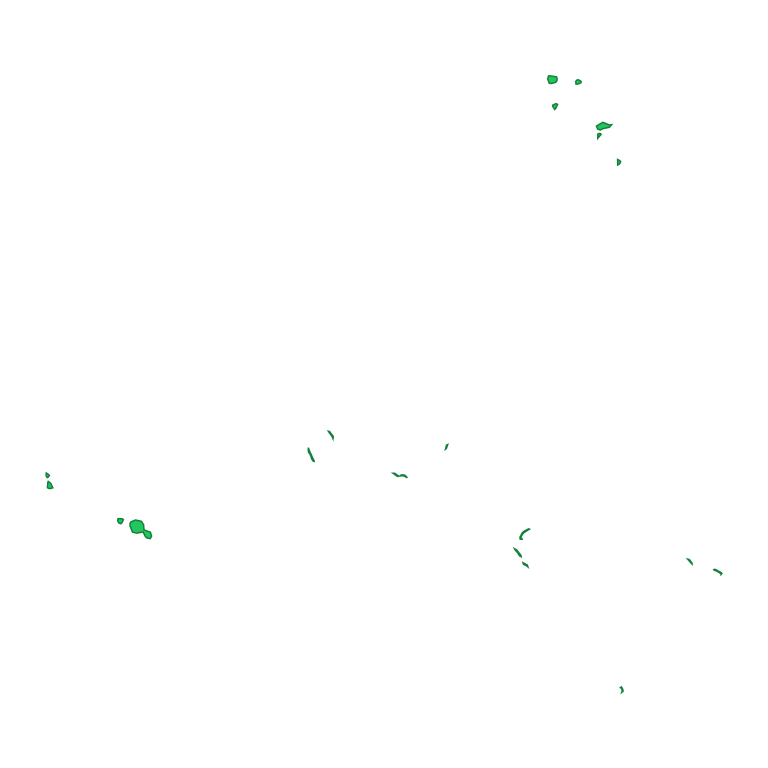 an SVG outline of French Polynesia
{"feature_id": "PYF", "entity_name": "French Polynesia", "entity_type": "country or territory", "adm_level": 0, "iso_a3": "PYF", "parent_name": "Oceania", "parent_adm1": "", "projection": "robinson", "projection_center": [-142.778, -14.829], "detail": "fine", "context": "isolated", "style": "filled", "palette": "green", "viewbox_px": 768, "rotation_deg": 0, "n_neighbors": 0, "source": "natural_earth", "source_scale": "50m", "svg_char_len": 2337}
<svg xmlns="http://www.w3.org/2000/svg" viewBox="0 0 768 768"><path d="M144.0,529.9L150.4,532.2L151.6,536.1L150.3,538.6L147.0,538.0L145.4,536.6L143.1,532.0L136.9,533.1L132.6,532.2L130.1,526.2L130.0,523.4L131.0,521.8L135.6,520.0L141.4,521.3L143.6,524.7L144.0,529.9ZM602.8,122.3L609.5,125.0L611.6,124.7L609.4,127.3L602.7,128.7L600.5,130.0L597.8,129.2L596.4,126.1L602.8,122.3ZM555.8,82.3L551.4,83.5L549.3,83.3L547.7,79.1L548.3,76.6L549.0,75.7L556.5,76.8L557.1,78.6L557.0,80.4L555.8,82.3ZM50.8,488.5L49.0,488.5L47.4,487.7L47.8,482.5L48.2,481.4L50.7,483.2L52.8,487.8L50.8,488.5ZM122.1,522.5L120.7,523.8L118.8,522.9L118.0,521.6L117.7,520.2L118.1,518.6L122.3,518.8L123.4,519.6L122.1,522.5ZM579.0,83.8L576.1,84.2L575.6,81.7L576.5,80.4L577.7,79.7L580.0,80.5L581.1,81.6L581.1,82.6L579.0,83.8ZM555.6,108.6L554.7,109.5L552.8,106.5L552.6,105.2L555.9,103.6L557.6,104.4L555.6,108.6ZM314.0,460.5L314.2,461.4L313.3,461.3L311.6,458.8L311.0,456.5L309.9,454.0L308.5,452.1L308.3,450.4L308.3,447.7L309.9,451.9L311.5,455.2L312.6,457.9L314.0,460.5ZM521.8,538.4L522.1,539.3L520.4,539.2L520.0,538.9L520.0,537.0L521.2,534.9L522.1,533.0L524.0,531.3L527.3,529.5L528.9,528.8L529.5,529.2L528.8,529.5L523.3,533.1L521.6,535.7L520.8,537.4L521.0,538.0L521.8,538.4ZM619.3,164.1L617.7,165.0L617.6,159.5L619.7,160.6L620.6,161.4L620.2,162.9L619.3,164.1ZM520.9,555.3L521.2,556.7L519.5,555.8L518.0,553.2L515.2,550.0L514.5,548.7L516.7,549.9L518.1,551.8L520.9,555.3ZM48.1,477.2L47.3,477.6L46.5,476.7L46.1,475.3L46.3,473.0L48.5,474.5L49.4,475.5L48.1,477.2ZM601.1,134.3L597.8,138.3L597.8,134.1L599.0,133.5L600.1,133.5L601.1,134.3ZM721.9,573.4L721.0,574.5L720.9,573.5L719.7,572.9L718.0,571.8L715.7,570.6L714.4,570.4L713.8,569.7L714.7,569.3L716.1,569.8L718.1,571.0L720.4,572.1L721.9,573.4ZM333.3,436.4L333.0,438.7L332.1,436.5L329.4,432.9L328.4,431.3L329.6,431.6L333.3,436.4ZM527.3,565.0L527.9,566.9L526.8,566.0L523.4,564.2L523.0,562.7L527.3,565.0ZM405.0,475.3L407.4,477.8L404.2,476.1L400.1,475.4L401.7,474.9L403.9,475.0L405.0,475.3ZM399.2,476.1L397.4,476.4L393.1,473.3L394.8,473.3L397.3,475.2L399.2,476.1ZM692.0,563.1L692.0,564.1L687.7,559.2L689.4,559.6L692.0,563.1ZM623.1,691.3L621.8,692.3L622.3,691.0L621.4,688.1L620.4,687.7L621.4,686.9L622.7,689.1L623.1,691.3ZM446.3,448.6L445.5,449.2L446.5,445.1L447.7,444.6L446.3,448.6Z" fill="#22c55e" stroke="#15803d" stroke-width="1.5"/></svg>